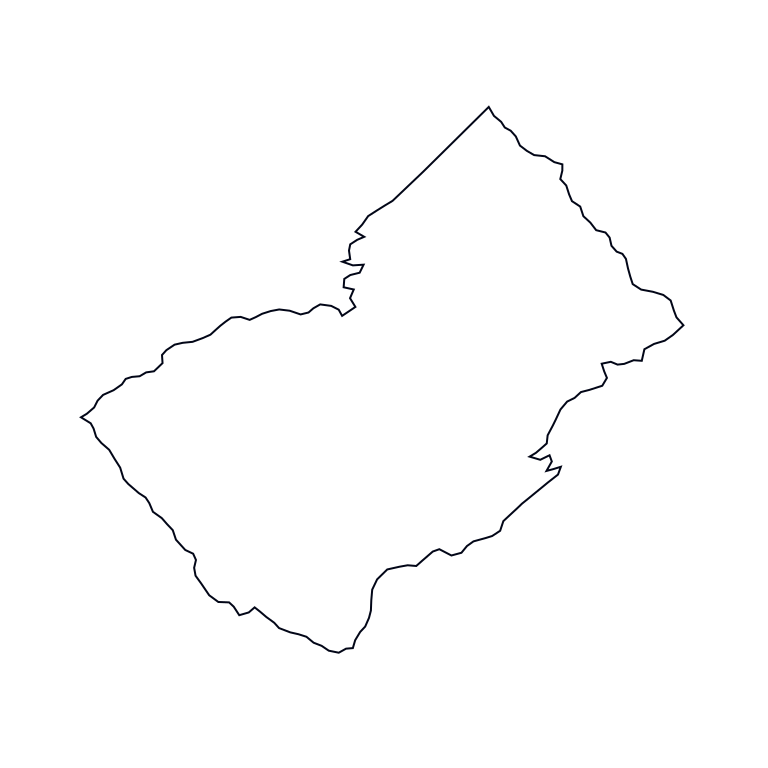 outline of Caçapava, São Paulo, Brazil, rotated 82°
{"feature_id": "56859067B89011723747361", "entity_name": "Caçapava", "entity_type": "district", "adm_level": 2, "iso_a3": "BRA", "parent_name": "Brazil", "parent_adm1": "São Paulo", "projection": "albers", "projection_center": [-45.711, -23.104], "detail": "fine", "context": "isolated", "style": "outline", "palette": "ink", "viewbox_px": 768, "rotation_deg": 82, "n_neighbors": 0, "source": "geoboundaries", "source_scale": "gbopen_adm2", "svg_char_len": 2583}
<svg xmlns="http://www.w3.org/2000/svg" viewBox="0 0 768 768"><g transform="rotate(82 384 384)"><path d="M611.1,521.9L616.9,511.4L619.9,503.5L623.5,496.0L630.4,489.7L634.6,482.2L640.4,475.8L643.8,466.2L640.8,458.4L641.2,451.6L633.7,448.2L626.2,442.1L621.6,436.4L613.5,431.4L606.5,428.5L596.5,426.7L586.0,424.3L576.5,418.0L568.1,406.6L567.1,394.1L566.8,385.8L568.7,377.4L564.2,370.6L556.7,359.0L555.3,352.2L563.2,341.1L561.9,330.8L556.0,324.4L552.3,317.3L550.7,304.9L549.6,298.1L545.5,289.4L536.4,284.9L531.5,277.9L525.6,269.4L521.7,264.0L517.5,257.0L504.1,235.0L497.9,224.3L490.6,220.4L491.9,228.6L492.7,235.2L484.1,228.6L477.6,230.0L480.8,239.8L476.2,249.9L473.3,243.1L469.4,237.0L465.5,231.1L457.6,229.1L448.5,222.5L443.2,218.9L433.8,212.8L426.9,205.1L424.3,197.2L419.4,190.1L418.4,181.3L416.1,168.1L409.0,162.4L402.1,164.2L394.2,165.6L393.6,156.3L397.3,150.0L397.5,143.3L395.2,133.4L396.9,125.5L385.8,121.3L381.9,111.0L380.2,100.0L375.6,91.0L367.5,79.3L358.7,85.1L351.7,86.7L341.2,88.5L334.7,95.0L330.1,104.9L326.3,116.2L319.7,123.8L311.8,125.2L303.4,126.3L293.8,127.0L288.3,129.8L285.3,135.2L278.8,139.5L270.4,140.2L264.8,143.6L261.2,152.5L252.9,157.2L245.6,163.2L235.6,165.0L229.1,172.4L222.0,174.3L212.8,175.9L205.6,180.9L197.5,177.7L191.3,176.8L188.0,184.5L180.9,192.8L178.2,203.5L173.0,210.1L166.8,216.2L157.2,219.0L150.8,223.3L146.8,228.7L140.7,231.5L133.8,237.8L124.2,241.7L179.2,315.6L203.8,350.0L207.3,358.2L211.0,366.5L215.5,376.3L223.1,383.4L229.3,391.0L235.5,383.1L237.5,390.5L241.0,398.0L247.0,400.1L255.7,400.1L257.1,408.2L262.2,398.3L263.0,387.6L270.4,392.6L271.4,402.2L274.4,408.7L282.6,410.5L286.2,400.8L294.3,405.7L303.7,401.6L307.7,409.8L310.7,416.0L304.1,418.5L299.3,425.4L296.3,436.1L299.2,443.4L302.7,448.8L303.5,456.9L298.3,467.2L295.6,477.4L296.0,486.0L297.5,494.9L299.9,501.6L301.8,508.1L297.6,516.6L297.0,525.9L300.2,532.2L303.5,537.9L307.1,543.3L311.0,549.0L313.3,557.1L315.6,567.7L315.2,577.6L315.9,585.9L320.2,594.8L324.4,599.8L332.5,600.4L339.4,610.0L339.4,617.9L342.3,624.9L341.9,632.7L343.0,639.1L347.9,643.6L352.5,652.6L355.7,663.7L360.6,669.9L366.9,674.3L372.1,682.4L374.8,688.7L382.1,679.9L387.7,677.8L396.3,676.4L403.1,672.1L410.9,665.3L420.7,661.2L430.1,656.9L441.5,655.1L447.5,651.1L457.9,642.0L463.2,635.9L469.3,633.0L478.4,630.6L485.9,622.7L492.5,618.4L499.4,613.5L509.2,611.7L520.7,603.9L525.5,596.6L532.1,594.7L539.6,597.6L547.6,597.3L555.9,592.9L568.9,586.5L576.8,578.4L578.7,567.8L583.6,563.8L592.8,559.5L591.4,549.7L587.2,543.2L592.2,538.4L598.3,533.0L605.2,525.9L611.1,521.9Z" fill="none" stroke="#020617" stroke-width="2"/></g></svg>